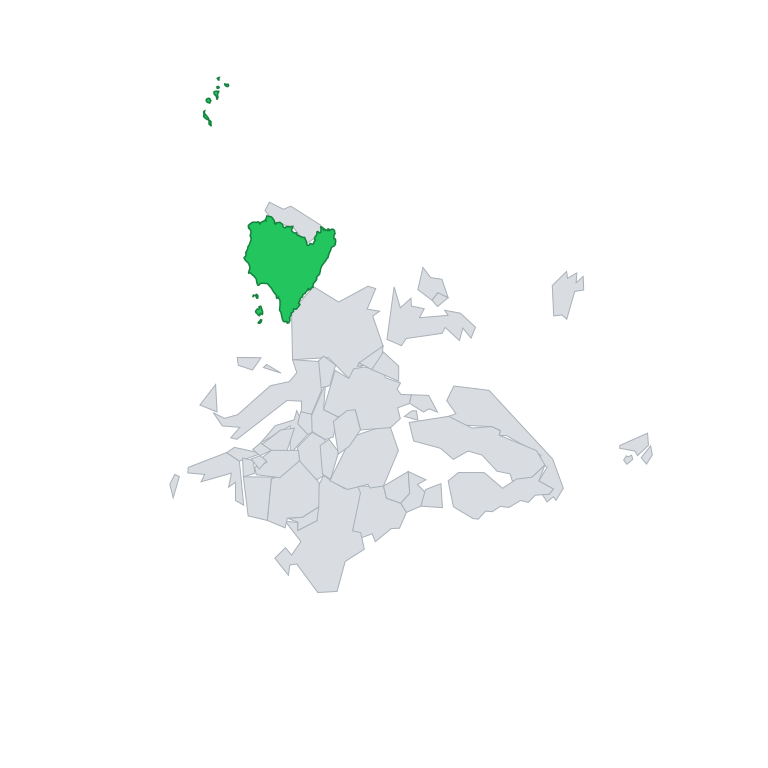 where Spain sits in Europe, rotated 113°
{"feature_id": "ESP", "entity_name": "Spain", "entity_type": "country or territory", "adm_level": 0, "iso_a3": "ESP", "parent_name": "Europe", "parent_adm1": "", "projection": "orthographic", "projection_center": [-5.186, 35.705], "detail": "fine", "context": "in_parent", "style": "filled", "palette": "green", "viewbox_px": 768, "rotation_deg": 113, "n_neighbors": 37, "source": "natural_earth", "source_scale": "50m", "svg_char_len": 13369}
<svg xmlns="http://www.w3.org/2000/svg" viewBox="0 0 768 768"><g transform="rotate(113 384 384)"><path d="M326.3,122.2L337.2,116.6L350.8,122.6L347.7,127.0L351.1,141.9L348.4,142.9L326.3,122.2ZM428.9,187.8L423.7,195.3L420.9,188.8L414.5,187.1L412.7,203.6L396.6,201.3L396.0,211.2L388.2,211.6L383.7,250.9L386.2,258.0L381.4,258.7L381.2,268.4L392.0,297.9L388.5,311.9L383.2,306.2L374.8,319.8L358.6,318.9L348.8,284.8L387.2,199.4L409.9,178.2L423.9,180.3L421.6,184.1L428.9,187.8ZM355.2,111.1L351.3,118.5L336.8,114.4L344.5,109.3L355.2,111.1ZM363.0,129.0L360.4,133.6L355.4,132.9L355.6,130.5L352.8,128.4L356.0,125.6L363.0,129.0Z" fill="#d9dde1" stroke="#a8b0b8" stroke-width="1"/><path d="M349.4,399.7L392.6,418.6L381.4,445.6L397.4,477.7L353.4,497.4L321.9,486.9L326.3,457.8L300.2,436.9L299.4,428.9L321.6,428.8L318.7,416.5L325.9,420.9L349.4,399.7ZM411.9,499.7L414.2,483.1L416.0,501.4L411.9,499.7Z" fill="#d9dde1" stroke="#a8b0b8" stroke-width="1"/><path d="M388.5,311.9L390.2,285.8L381.2,268.4L381.4,258.7L386.2,258.0L385.7,217.8L395.7,204.2L412.0,211.3L423.1,228.1L417.5,232.8L420.1,245.9L411.1,266.0L412.9,280.5L426.3,290.7L421.1,306.7L424.9,334.4L409.6,345.8L388.5,311.9Z" fill="#d9dde1" stroke="#a8b0b8" stroke-width="1"/><path d="M493.4,313.2L510.7,313.4L514.2,320.8L532.5,330.4L526.5,336.4L534.4,344.8L531.5,355.5L488.4,368.3L478.1,344.6L488.2,337.0L487.2,321.9L493.4,313.2Z" fill="#d9dde1" stroke="#a8b0b8" stroke-width="1"/><path d="M587.4,400.0L597.4,397.3L587.0,416.4L573.2,410.8L577.6,402.2L561.5,398.9L549.0,421.2L545.0,409.1L552.5,406.2L536.0,392.3L513.2,405.1L492.0,403.9L495.8,379.3L488.4,368.3L493.4,363.1L531.5,355.5L529.9,347.4L543.8,337.6L562.5,350.4L593.3,346.2L601.8,363.5L583.8,394.0L587.4,400.0Z" fill="#d9dde1" stroke="#a8b0b8" stroke-width="1"/><path d="M478.1,344.6L485.3,356.4L482.6,359.6L495.3,376.2L494.2,396.1L445.4,393.2L423.7,369.2L421.6,361.0L439.6,344.8L478.1,344.6Z" fill="#d9dde1" stroke="#a8b0b8" stroke-width="1"/><path d="M458.2,416.4L455.7,433.4L446.4,438.4L406.7,438.0L431.2,429.6L432.2,413.5L452.7,410.1L458.2,416.4Z" fill="#d9dde1" stroke="#a8b0b8" stroke-width="1"/><path d="M492.0,403.9L498.3,408.2L492.6,428.2L476.3,439.1L456.6,431.3L458.2,416.4L492.0,403.9Z" fill="#d9dde1" stroke="#a8b0b8" stroke-width="1"/><path d="M522.5,396.1L536.0,392.3L552.5,406.2L545.0,409.1L545.2,420.5L538.6,407.1L522.5,396.1Z" fill="#d9dde1" stroke="#a8b0b8" stroke-width="1"/><path d="M545.2,420.5L555.1,418.9L555.2,438.1L515.4,450.7L487.7,431.8L500.3,405.1L522.5,396.1L538.6,407.1L545.2,420.5Z" fill="#d9dde1" stroke="#a8b0b8" stroke-width="1"/><path d="M487.2,321.9L488.2,337.0L478.1,344.6L455.1,327.5L474.7,317.6L487.2,321.9Z" fill="#d9dde1" stroke="#a8b0b8" stroke-width="1"/><path d="M482.0,302.3L493.4,313.2L487.2,321.9L474.7,317.6L455.1,327.5L455.8,308.0L463.4,314.0L468.6,301.4L482.0,302.3Z" fill="#d9dde1" stroke="#a8b0b8" stroke-width="1"/><path d="M475.0,281.9L482.0,302.3L465.0,304.6L453.5,292.7L475.0,281.9Z" fill="#d9dde1" stroke="#a8b0b8" stroke-width="1"/><path d="M421.6,361.0L435.5,387.7L419.0,400.4L432.2,413.5L431.2,429.6L390.6,434.4L392.6,418.6L381.9,417.9L375.9,408.4L372.5,389.8L377.7,385.0L376.6,369.2L383.6,370.0L387.0,364.2L383.2,354.5L391.9,353.0L400.7,362.2L409.5,355.5L421.6,361.0Z" fill="#d9dde1" stroke="#a8b0b8" stroke-width="1"/><path d="M511.8,446.9L515.4,450.7L555.2,438.1L558.5,457.5L524.4,477.2L511.8,446.9Z" fill="#d9dde1" stroke="#a8b0b8" stroke-width="1"/><path d="M571.1,533.6L559.9,542.0L549.0,541.3L549.2,536.2L571.1,533.6ZM511.5,487.0L550.4,465.8L549.3,475.1L532.5,482.4L539.7,486.7L525.7,489.6L545.5,514.2L537.3,513.7L542.5,529.8L537.2,531.6L508.6,502.1L511.5,487.0Z" fill="#d9dde1" stroke="#a8b0b8" stroke-width="1"/><path d="M511.5,487.0L508.6,502.1L500.8,496.9L495.7,469.7L511.5,487.0Z" fill="#d9dde1" stroke="#a8b0b8" stroke-width="1"/><path d="M460.3,434.5L484.8,443.0L459.2,454.1L486.6,474.6L464.9,467.9L452.1,452.7L442.6,453.9L460.3,434.5Z" fill="#d9dde1" stroke="#a8b0b8" stroke-width="1"/><path d="M406.6,433.2L414.6,443.7L392.5,454.9L382.0,450.6L385.3,436.0L406.6,433.2Z" fill="#d9dde1" stroke="#a8b0b8" stroke-width="1"/><path d="M374.1,409.0L378.0,415.5L374.2,415.2L374.1,409.0Z" fill="#d9dde1" stroke="#a8b0b8" stroke-width="1"/><path d="M375.5,400.9L374.2,415.2L349.4,399.7L366.2,394.6L375.5,400.9Z" fill="#d9dde1" stroke="#a8b0b8" stroke-width="1"/><path d="M375.7,371.6L375.5,400.9L354.8,397.1L361.8,377.4L375.7,371.6Z" fill="#d9dde1" stroke="#a8b0b8" stroke-width="1"/><path d="M262.6,504.1L269.2,499.8L284.8,510.3L274.8,529.8L278.6,547.5L270.8,561.3L261.4,560.6L262.5,544.9L256.7,539.3L262.6,504.1Z" fill="#d9dde1" stroke="#a8b0b8" stroke-width="1"/><path d="M288.2,372.4L283.9,389.7L261.5,393.7L267.8,382.7L265.0,371.6L279.5,358.7L279.1,370.2L288.2,372.4Z" fill="#d9dde1" stroke="#a8b0b8" stroke-width="1"/><path d="M414.3,439.1L440.1,438.8L443.5,448.6L432.0,453.2L437.1,466.9L492.4,497.8L493.3,504.0L480.2,499.8L485.8,516.4L477.1,529.9L478.0,517.5L469.5,506.8L430.0,488.0L418.8,472.1L407.6,468.7L397.4,477.7L388.8,452.9L414.3,439.1ZM450.3,538.8L475.0,526.7L475.3,545.2L450.3,538.8ZM407.9,507.5L422.5,510.5L423.8,525.4L416.9,529.5L407.9,507.5Z" fill="#d9dde1" stroke="#a8b0b8" stroke-width="1"/><path d="M391.9,353.0L383.2,354.5L377.0,338.4L389.0,323.8L389.2,332.8L394.3,336.6L391.9,353.0ZM404.0,338.6L405.9,352.6L397.9,347.8L396.0,343.7L404.0,338.6Z" fill="#d9dde1" stroke="#a8b0b8" stroke-width="1"/><path d="M288.2,372.4L279.1,370.2L279.5,358.7L291.8,365.0L288.2,372.4ZM309.1,377.3L295.8,351.9L292.4,357.0L289.0,341.3L296.0,322.0L307.8,321.8L301.7,333.2L314.5,331.6L308.0,349.8L314.6,350.3L333.5,381.4L341.9,382.9L341.8,398.7L290.7,412.6L307.5,398.7L294.4,392.7L301.6,389.3L299.0,376.4L309.1,377.3Z" fill="#d9dde1" stroke="#a8b0b8" stroke-width="1"/><path d="M253.0,241.1L250.9,247.2L255.0,254.4L227.6,267.6L209.1,259.9L215.0,256.4L206.5,249.9L215.8,246.7L207.2,242.7L219.4,236.9L224.3,244.6L253.0,241.1Z" fill="#d9dde1" stroke="#a8b0b8" stroke-width="1"/><path d="M440.1,438.8L456.6,431.3L460.3,434.5L454.3,447.9L442.1,449.9L440.1,438.8Z" fill="#d9dde1" stroke="#a8b0b8" stroke-width="1"/><path d="M420.9,188.8L427.3,201.4L436.6,204.9L437.8,212.7L448.8,220.8L451.3,229.3L459.2,234.4L461.4,240.9L471.6,244.4L473.1,249.6L469.9,272.1L448.1,287.1L436.4,280.9L426.4,257.1L433.7,234.1L419.8,225.0L412.0,211.3L395.7,204.2L412.7,203.6L414.5,187.1L420.9,188.8Z" fill="#d9dde1" stroke="#a8b0b8" stroke-width="1"/><path d="M492.5,396.0L491.0,405.4L465.5,418.8L456.4,412.9L464.4,399.2L492.5,396.0Z" fill="#d9dde1" stroke="#a8b0b8" stroke-width="1"/><path d="M435.5,387.7L454.8,391.7L466.4,398.6L438.3,415.9L422.9,407.7L419.0,400.4L435.5,387.7Z" fill="#d9dde1" stroke="#a8b0b8" stroke-width="1"/><path d="M486.9,472.5L466.8,461.3L459.6,449.2L485.8,447.0L490.7,460.8L486.9,472.5Z" fill="#d9dde1" stroke="#a8b0b8" stroke-width="1"/><path d="M516.7,468.0L524.4,477.2L507.5,485.2L505.5,474.5L516.7,468.0Z" fill="#d9dde1" stroke="#a8b0b8" stroke-width="1"/><path d="M478.5,436.8L487.7,431.8L510.9,443.2L517.4,466.1L511.0,470.6L501.8,461.2L499.2,467.3L489.1,461.8L478.5,436.8Z" fill="#d9dde1" stroke="#a8b0b8" stroke-width="1"/><path d="M498.5,470.1L495.5,479.3L486.6,474.6L489.1,461.8L498.5,470.1Z" fill="#d9dde1" stroke="#a8b0b8" stroke-width="1"/><path d="M504.9,477.0L498.5,470.1L500.7,462.2L511.0,465.5L504.9,477.0Z" fill="#d9dde1" stroke="#a8b0b8" stroke-width="1"/><path d="M322.8,487.1L322.9,487.5L323.2,488.0L323.5,488.2L324.3,488.4L325.5,488.6L326.1,488.8L326.1,489.3L326.0,489.9L325.6,490.8L325.7,491.0L326.0,491.1L326.5,491.1L326.9,490.4L327.0,490.4L327.0,490.6L327.2,490.8L328.1,491.2L330.1,491.9L331.6,492.0L331.8,492.3L333.1,493.5L334.0,493.4L334.6,493.3L335.1,493.1L335.5,493.1L336.3,493.5L336.8,493.9L337.3,494.4L337.7,494.5L339.7,494.1L340.1,494.3L341.1,494.2L342.3,494.3L343.3,494.2L343.3,492.9L343.5,492.5L343.7,492.4L344.2,492.5L346.3,493.0L348.0,493.6L348.7,493.6L349.2,493.8L349.9,494.8L349.8,495.4L350.0,495.9L350.0,496.3L350.2,496.6L350.9,496.5L352.3,495.7L353.6,496.1L354.2,496.4L354.8,497.1L355.1,497.2L355.7,496.8L356.5,496.3L359.6,496.9L360.3,496.9L360.4,496.3L360.6,496.1L361.6,495.8L362.2,495.5L362.8,495.3L364.3,495.6L364.8,495.5L365.1,496.2L365.6,496.4L365.8,497.0L365.1,497.4L364.6,497.5L364.6,498.6L364.8,498.9L365.3,499.1L365.4,499.4L365.7,500.9L364.9,502.0L363.8,503.1L358.3,506.9L357.1,508.7L356.6,509.1L352.3,510.4L349.3,511.7L347.9,512.2L346.2,514.3L345.4,515.1L346.1,515.3L347.0,516.1L346.7,516.6L345.6,517.3L345.1,517.5L344.8,517.4L344.5,517.5L342.8,520.9L341.1,523.4L340.2,524.5L339.3,526.1L337.3,530.3L337.4,531.4L338.7,535.4L339.3,536.4L340.3,537.2L342.0,537.9L342.4,538.6L341.9,539.3L340.3,540.7L337.5,542.5L336.3,543.9L336.1,545.2L335.3,545.8L335.1,547.6L334.6,548.9L334.5,549.3L334.0,550.2L334.0,550.9L334.9,551.7L334.5,552.1L334.0,552.3L329.5,552.7L326.8,554.8L325.5,556.6L324.3,559.9L322.8,561.9L322.1,562.2L321.0,561.4L319.7,561.3L318.4,561.6L317.8,562.3L316.7,562.7L315.7,562.4L313.4,562.3L312.4,562.4L310.9,562.9L309.5,562.6L307.3,562.4L302.4,562.9L301.8,563.1L301.2,563.9L299.6,565.3L297.3,565.4L295.1,566.3L294.6,566.9L293.7,568.4L293.4,569.6L293.2,569.6L293.0,569.3L292.6,569.4L292.4,570.2L291.6,570.6L291.0,570.8L289.3,570.1L287.9,569.0L287.2,568.9L286.0,567.3L285.5,566.2L285.2,565.1L285.2,564.6L285.1,564.3L284.1,563.8L283.9,562.8L284.6,561.4L285.3,560.9L285.7,560.7L284.7,560.7L284.0,561.6L283.2,560.2L279.7,557.4L279.9,556.8L279.9,556.5L279.3,557.2L278.9,557.4L277.1,557.2L275.0,557.5L274.3,553.6L274.2,552.9L274.8,551.3L275.4,550.7L276.2,549.3L277.2,548.2L278.6,547.8L279.0,546.9L279.2,546.2L277.9,546.3L275.9,543.1L275.9,542.6L276.2,541.9L276.4,540.9L276.5,540.2L277.0,539.6L277.9,539.0L278.6,538.1L279.0,537.2L279.1,536.4L278.7,535.8L277.5,535.5L276.4,533.2L276.2,531.7L275.3,530.9L274.5,529.5L275.2,529.3L278.2,529.3L278.9,529.0L279.4,528.0L280.0,526.5L280.2,525.5L280.0,525.1L279.0,524.1L279.0,523.8L279.2,523.4L280.5,522.4L281.0,521.9L280.9,521.5L280.7,521.1L280.6,520.8L280.8,520.3L280.9,518.8L281.0,518.4L280.8,517.0L280.7,515.9L280.1,514.4L280.2,514.1L280.5,513.8L281.4,513.3L282.2,512.1L283.2,511.1L284.6,510.3L285.6,509.4L286.0,508.8L286.3,508.6L286.0,507.8L285.5,507.3L284.8,507.1L284.0,507.1L283.5,507.0L283.4,506.6L283.4,505.6L283.4,504.7L283.3,504.3L282.9,503.9L282.2,504.0L281.6,503.7L281.1,503.6L280.8,503.9L279.5,503.8L278.5,503.4L278.2,503.5L277.9,504.4L277.4,504.7L276.3,505.0L275.4,505.0L274.5,504.7L273.9,504.3L272.2,504.5L272.0,504.4L270.5,505.1L270.0,505.1L269.8,505.0L269.4,504.1L269.5,503.8L270.2,502.8L270.2,502.5L269.9,502.2L269.7,501.7L269.2,501.4L268.7,501.6L266.4,502.3L265.6,502.7L264.8,503.5L264.1,503.6L263.9,503.4L263.9,501.6L264.9,500.4L265.7,499.8L265.3,499.6L264.6,499.6L264.7,499.0L265.0,498.8L265.4,498.2L265.0,497.9L264.7,497.5L264.8,496.5L264.9,496.1L264.8,495.6L263.3,496.2L263.0,496.1L263.0,495.3L263.8,494.2L263.9,493.8L263.0,493.6L262.3,493.0L261.9,492.5L261.5,491.7L261.5,491.0L262.1,489.5L263.4,488.8L264.7,487.8L266.4,488.1L267.4,487.9L268.4,487.4L268.9,487.3L269.8,486.8L269.8,486.2L269.5,485.7L269.8,485.2L271.9,484.0L273.2,483.9L274.5,483.3L275.3,483.7L276.0,483.6L276.9,484.1L278.0,485.3L279.6,485.8L280.9,485.4L283.2,485.4L284.4,485.6L286.5,485.3L287.6,485.4L289.6,484.9L291.0,485.6L293.9,485.9L295.6,486.5L300.4,487.5L302.1,487.4L304.6,486.9L305.6,486.5L306.6,486.7L307.9,486.2L308.6,486.3L309.5,486.9L312.6,487.8L313.3,487.0L313.9,486.8L316.2,487.2L318.4,488.1L319.6,488.1L321.2,487.8L322.8,487.1ZM367.1,525.2L368.0,525.5L368.8,525.1L369.3,525.1L369.8,525.3L369.9,526.0L369.6,526.8L369.1,527.7L368.7,528.6L368.4,529.6L367.7,530.3L367.0,530.7L365.4,530.1L364.6,530.0L364.3,529.7L364.0,528.6L363.5,528.3L363.0,528.2L362.5,528.5L361.9,529.2L361.5,528.6L360.9,528.5L360.7,528.2L360.6,527.7L364.0,524.7L364.9,524.0L367.0,523.1L367.4,523.2L367.1,523.7L367.2,523.8L367.5,524.0L367.4,524.4L367.2,524.7L367.1,525.2ZM184.7,650.8L183.7,653.2L182.8,654.1L182.3,654.4L181.2,654.5L180.0,652.8L179.5,651.1L179.1,650.6L179.8,650.2L180.6,650.4L182.6,650.3L183.0,650.2L185.1,648.8L187.0,648.8L187.0,649.3L184.7,650.8ZM205.5,655.3L204.1,656.4L202.7,656.0L202.5,655.8L203.9,655.6L205.2,654.7L206.1,652.7L207.5,650.4L207.8,649.5L208.4,649.1L209.0,649.1L209.3,649.2L209.6,649.8L209.5,651.0L209.0,652.9L208.2,654.6L205.5,655.3ZM193.6,654.4L193.5,655.2L193.7,656.1L193.5,657.4L193.0,658.1L191.7,658.7L190.8,658.4L190.3,658.1L189.4,656.8L189.5,655.6L190.4,655.0L190.9,654.0L193.1,654.4L193.5,654.2L193.6,654.4ZM210.8,647.4L210.1,648.1L209.4,647.8L209.9,646.2L210.2,645.7L211.6,645.1L212.8,645.0L213.2,644.2L213.6,644.0L213.9,644.5L213.6,644.9L213.2,646.5L212.5,647.0L210.8,647.4ZM376.9,523.7L376.8,523.8L374.0,522.8L373.1,522.7L372.9,522.6L372.9,521.6L374.6,521.3L376.1,521.6L377.0,522.8L377.1,523.1L376.9,523.7ZM170.3,647.7L170.0,647.8L169.9,646.8L169.0,644.5L169.8,643.7L171.0,643.8L171.5,644.5L171.6,645.3L171.3,645.6L171.3,646.4L171.1,647.0L170.3,647.7ZM353.2,536.1L352.9,536.8L351.6,536.7L351.3,536.4L351.5,535.6L351.9,535.5L351.9,534.9L352.2,534.4L354.1,533.8L354.5,534.1L354.7,534.7L353.6,535.9L353.2,536.1ZM176.0,653.8L175.6,653.8L175.2,653.5L174.8,652.5L175.2,651.9L175.5,651.6L176.0,651.7L176.7,652.3L176.9,652.9L176.9,653.2L176.0,653.8ZM168.9,655.2L167.8,656.9L166.7,656.1L166.4,655.8L166.2,655.4L167.4,655.5L168.6,654.7L168.9,655.2ZM354.7,538.8L354.5,539.0L353.9,538.9L353.1,538.9L353.0,538.5L353.2,537.8L353.8,538.4L354.7,538.5L354.7,538.8Z" fill="#22c55e" stroke="#15803d" stroke-width="1.5"/></g></svg>